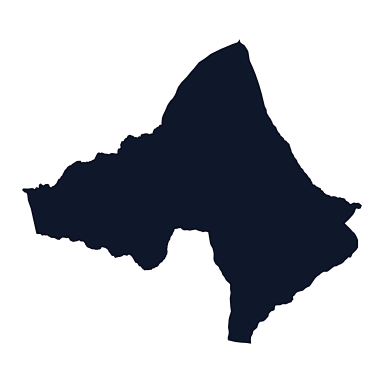 the district of Lagdera, North-Eastern, Kenya
{"feature_id": "3690345B54288416110697", "entity_name": "Lagdera", "entity_type": "district", "adm_level": 2, "iso_a3": "KEN", "parent_name": "Kenya", "parent_adm1": "North-Eastern", "projection": "robinson", "projection_center": [39.22, 0.501], "detail": "fine", "context": "isolated", "style": "filled", "palette": "ink", "viewbox_px": 384, "rotation_deg": 0, "n_neighbors": 0, "source": "geoboundaries", "source_scale": "gbopen_adm2", "svg_char_len": 5988}
<svg xmlns="http://www.w3.org/2000/svg" viewBox="0 0 384 384"><path d="M250.3,342.8L250.1,339.7L250.3,337.3L250.5,336.5L252.0,333.7L252.6,330.9L253.0,330.3L255.8,328.0L256.6,327.1L257.6,323.9L258.0,322.9L258.7,322.0L260.2,321.0L262.9,320.7L264.7,319.5L267.8,316.0L268.1,313.8L268.4,313.1L269.1,312.4L271.0,310.5L273.1,310.0L273.7,309.6L274.0,309.1L274.2,306.6L275.2,304.6L279.7,304.5L280.9,304.3L281.9,303.5L282.5,303.4L286.0,303.5L288.5,302.3L290.8,301.6L291.3,301.1L291.5,300.3L292.6,299.2L292.0,296.4L294.1,294.8L295.3,292.9L296.4,291.9L297.7,291.2L302.7,289.9L305.4,287.5L307.3,286.5L309.0,285.8L309.6,285.2L314.7,277.8L317.1,275.5L318.7,274.6L320.9,272.6L323.0,271.3L323.8,271.0L326.4,271.1L327.5,270.8L333.4,266.2L334.8,265.6L336.3,265.5L338.4,264.3L340.9,263.3L343.1,261.7L344.6,259.8L346.9,257.9L347.8,256.7L348.4,256.3L349.9,256.8L350.5,256.7L351.8,253.5L355.8,249.5L357.3,247.2L357.3,240.1L355.9,236.8L354.0,233.6L352.0,231.9L349.5,229.0L343.6,223.3L348.0,219.3L352.6,214.2L354.0,211.9L354.9,209.2L355.6,207.9L356.7,207.7L358.4,208.2L359.7,208.0L360.2,207.7L360.6,206.3L361.0,205.8L360.5,205.1L358.3,203.5L355.9,203.8L354.2,203.3L353.3,203.5L351.2,204.7L350.3,204.7L349.4,204.3L348.0,202.6L345.4,201.2L345.1,200.4L344.1,199.1L343.3,198.9L341.1,198.7L340.0,198.0L337.6,198.5L335.7,197.3L333.2,196.9L332.0,197.2L330.4,197.1L329.1,195.9L325.9,195.1L324.4,193.8L323.5,193.6L323.3,192.8L322.4,191.4L321.5,191.0L320.5,190.2L320.0,188.7L318.7,188.4L318.0,187.9L315.9,186.9L314.2,185.3L313.0,185.3L311.9,184.2L311.6,182.8L310.7,181.3L309.7,179.1L308.7,178.1L308.2,178.4L307.8,177.8L307.7,176.9L306.2,174.7L303.9,172.5L303.1,171.4L302.8,170.2L301.2,168.7L300.5,168.3L299.3,165.7L298.0,164.4L297.8,163.7L296.8,162.4L296.5,160.9L296.1,160.3L293.6,157.2L293.2,155.7L291.0,152.3L290.7,150.5L289.1,145.9L288.8,144.5L286.6,142.5L285.8,141.4L283.8,140.6L283.4,139.3L282.8,138.3L280.1,136.1L279.1,133.9L278.1,133.1L276.6,130.6L275.6,127.8L275.3,127.3L273.0,125.3L272.0,123.7L271.6,122.4L269.8,118.9L268.0,116.6L267.4,115.1L266.7,114.4L266.0,112.4L265.9,110.0L264.1,106.5L261.2,94.4L258.4,84.6L254.9,74.4L251.9,67.0L249.5,61.9L248.9,60.1L247.7,52.1L246.9,50.3L244.0,45.8L240.3,43.4L239.4,42.0L239.3,41.2L238.1,42.8L237.3,43.2L232.7,44.8L221.4,49.5L212.2,54.0L210.6,54.9L205.3,59.0L199.3,62.9L194.6,68.8L191.3,72.4L187.0,77.7L182.1,82.7L178.7,87.4L177.2,91.0L176.6,93.0L175.4,95.5L173.0,99.2L170.8,101.3L168.9,104.1L167.8,106.0L165.8,110.9L163.5,115.6L162.7,118.1L162.2,123.0L162.8,123.6L161.7,125.4L160.0,125.6L159.0,127.1L157.0,128.0L156.0,129.1L154.7,129.5L153.5,132.0L153.2,134.1L152.5,134.3L151.2,134.2L150.5,134.9L148.7,134.9L148.0,134.3L145.6,134.0L143.5,134.6L142.5,134.6L141.8,135.0L141.4,135.5L141.5,136.9L141.1,137.4L139.3,137.0L138.2,138.1L137.5,138.4L136.0,137.8L134.4,137.9L132.7,136.5L131.7,136.5L130.6,135.7L129.4,135.6L128.2,136.3L127.4,138.2L125.6,139.0L125.1,139.6L124.3,141.4L123.5,141.9L122.1,142.0L120.9,145.1L121.4,146.5L121.2,147.9L120.5,149.2L118.9,149.2L118.7,149.4L118.2,151.0L118.3,153.3L117.7,154.2L115.5,154.3L113.0,153.8L111.1,153.8L109.6,154.9L108.6,155.0L107.4,154.5L104.5,154.4L103.4,153.8L102.7,153.8L101.9,153.2L101.1,153.7L100.5,153.8L99.0,153.2L98.2,153.5L97.6,154.2L95.6,158.2L95.3,159.1L94.8,159.8L92.3,161.0L91.0,161.9L90.0,161.8L88.6,162.7L87.1,162.4L86.4,162.5L85.7,163.1L83.5,162.7L81.2,163.2L80.2,161.5L77.4,161.7L76.6,162.0L72.6,164.6L71.5,165.8L69.7,166.2L67.8,167.6L66.7,169.3L65.3,170.6L64.6,172.2L63.4,174.2L63.1,175.6L61.3,177.2L60.8,178.8L58.8,179.8L57.4,183.0L56.7,184.0L54.5,186.3L52.3,187.1L51.9,188.2L51.4,188.4L49.2,187.3L48.5,185.1L47.6,184.7L45.8,184.8L43.6,186.2L42.8,186.0L40.4,184.4L39.6,185.2L39.6,187.1L40.1,188.3L39.8,188.5L38.7,188.5L36.4,188.0L35.7,189.5L34.9,190.0L34.0,189.7L33.1,189.0L31.9,188.8L28.2,189.4L26.7,189.2L25.7,189.4L23.8,189.1L23.0,189.9L25.0,191.8L26.0,191.9L26.8,192.3L27.9,193.9L28.7,200.4L31.5,208.4L37.0,233.1L37.6,233.3L40.8,233.2L42.3,234.8L43.2,234.4L43.9,234.6L45.0,234.3L45.9,234.8L46.9,234.5L48.0,234.9L49.0,235.8L50.2,236.2L51.2,237.1L54.5,237.2L57.8,239.0L59.3,239.1L60.2,238.1L62.5,236.7L65.4,237.1L66.5,237.4L67.5,237.2L68.1,236.7L69.6,238.0L70.6,239.9L71.3,240.4L71.8,240.2L72.7,241.0L74.1,241.1L75.8,240.4L76.7,240.6L78.8,239.6L79.8,239.7L80.7,240.6L83.9,240.9L85.5,243.0L86.0,244.5L86.7,245.0L87.4,246.5L88.6,246.9L89.0,247.3L90.2,247.4L91.1,248.2L92.7,248.6L93.3,248.5L95.0,248.7L95.6,249.1L97.1,248.9L97.6,249.1L98.4,248.7L99.7,248.6L100.4,248.1L101.0,246.6L102.0,246.3L105.8,247.3L108.4,249.2L109.5,251.6L110.1,252.1L112.2,255.1L112.5,255.2L113.0,254.9L113.6,255.0L114.5,255.5L115.1,256.8L115.7,257.1L116.4,256.7L117.8,256.5L118.3,256.0L119.5,256.3L120.6,256.0L122.2,255.3L123.0,254.6L123.7,254.3L124.8,254.3L126.9,255.0L128.3,253.9L129.8,254.0L131.7,255.4L133.3,257.4L135.7,261.9L136.2,262.2L137.6,262.4L139.5,265.5L141.0,265.6L142.0,267.1L142.9,267.8L143.1,268.6L144.1,269.0L144.7,269.6L146.7,269.2L147.6,269.5L148.8,269.2L151.1,269.1L152.3,267.7L153.8,267.6L155.0,266.7L156.9,266.1L158.0,265.1L158.6,263.8L159.6,262.7L160.2,262.3L160.8,261.6L161.6,261.6L163.1,259.4L164.2,258.6L164.7,257.3L165.4,256.4L165.8,254.8L166.5,253.9L166.8,251.1L166.4,249.2L166.8,247.3L166.8,245.7L167.4,244.5L167.1,243.5L167.8,242.5L168.0,241.3L169.5,239.2L169.8,236.9L171.7,234.4L172.6,232.1L173.6,230.5L173.7,229.1L174.5,228.3L175.2,228.1L176.7,228.1L178.1,227.6L181.0,227.2L182.5,228.8L183.9,229.5L185.6,229.6L187.3,229.3L189.3,229.9L195.8,228.8L197.5,229.6L199.7,230.4L201.4,230.7L202.9,231.4L204.5,231.0L206.6,231.0L208.0,231.4L208.8,231.3L210.8,243.4L211.5,245.1L213.2,248.1L214.2,252.2L214.4,254.3L214.2,259.0L214.5,260.5L216.1,263.7L219.1,266.2L220.4,269.2L222.1,271.6L223.1,274.6L224.6,276.2L226.5,279.7L227.4,280.7L230.5,283.5L230.9,284.4L230.8,289.2L231.4,292.6L230.5,298.5L231.1,307.1L231.7,311.3L229.9,317.3L229.4,319.6L228.8,327.5L229.4,331.1L229.5,332.8L229.2,334.8L228.5,337.3L228.6,339.6L235.3,341.2L240.9,341.9L246.6,342.2L250.3,342.8Z" fill="#0f172a" stroke="#020617" stroke-width="1.5"/></svg>